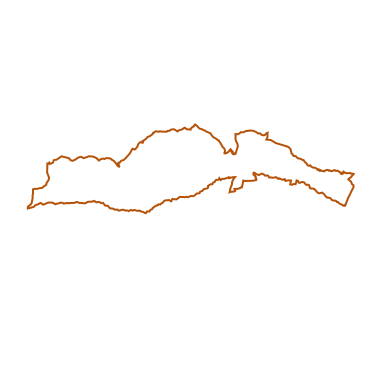 outline of Stefesti, Prahova, Romania, rotated 300°
{"feature_id": "2599482B54768609949993", "entity_name": "Stefesti", "entity_type": "district", "adm_level": 2, "iso_a3": "ROU", "parent_name": "Romania", "parent_adm1": "Prahova", "projection": "albers", "projection_center": [25.865, 45.269], "detail": "fine", "context": "isolated", "style": "outline", "palette": "amber", "viewbox_px": 384, "rotation_deg": 300, "n_neighbors": 0, "source": "geoboundaries", "source_scale": "gbopen_adm2", "svg_char_len": 6044}
<svg xmlns="http://www.w3.org/2000/svg" viewBox="0 0 384 384"><g transform="rotate(300 192 192)"><path d="M288.4,323.0L288.0,321.4L287.4,320.6L287.6,319.5L285.4,316.3L285.3,313.9L285.1,313.9L285.3,313.1L283.7,313.3L283.8,312.6L282.5,312.8L282.3,311.6L283.0,310.9L283.0,309.8L283.3,309.4L283.1,308.2L283.3,307.4L282.2,306.1L282.3,304.6L279.8,302.5L279.5,301.1L279.5,300.3L278.9,300.0L279.1,298.9L278.6,297.7L277.5,297.0L277.1,296.5L276.0,296.2L275.2,293.8L275.1,292.2L274.6,292.7L274.3,292.4L274.5,292.1L274.0,290.1L274.7,290.1L274.5,288.0L274.6,286.4L273.7,284.8L273.6,284.0L273.6,282.7L274.2,281.0L273.3,280.5L272.9,278.9L274.1,276.6L274.4,274.7L275.4,272.7L275.0,271.9L275.1,270.5L274.8,268.5L274.2,267.3L274.3,265.9L274.9,263.8L274.1,262.3L274.1,261.8L274.4,260.9L275.1,260.1L275.1,259.0L278.2,256.1L279.1,253.9L279.1,252.4L278.8,251.6L279.0,251.5L276.3,240.2L276.4,234.2L274.6,230.2L275.8,230.1L277.4,229.8L278.7,229.2L279.5,228.5L281.1,227.9L280.2,227.1L277.8,226.6L276.7,225.4L276.3,223.5L276.8,221.8L276.7,221.3L276.0,220.5L275.8,219.9L276.0,217.2L275.8,215.7L275.4,213.8L274.0,211.1L273.1,210.2L271.6,208.1L269.4,206.7L268.3,204.4L266.9,204.0L264.9,202.8L263.9,200.7L259.5,203.3L257.8,205.1L256.7,207.0L254.4,208.9L246.8,210.6L246.4,209.4L245.5,209.4L245.4,208.4L245.5,207.8L246.2,207.1L246.7,205.7L247.0,205.9L247.3,206.7L248.3,204.0L244.8,203.4L243.5,202.8L242.6,202.2L241.7,200.8L242.0,200.5L243.8,200.3L245.8,198.3L246.4,195.9L248.6,192.2L249.3,190.5L250.1,189.5L249.8,188.7L250.2,186.3L250.2,182.7L251.6,179.3L252.1,178.6L251.8,177.1L251.7,175.0L251.4,174.1L251.7,172.5L251.3,170.6L251.3,169.0L250.8,167.3L250.9,165.8L251.6,163.8L252.0,160.9L251.5,160.6L249.6,160.8L248.7,159.9L247.4,159.7L246.4,159.2L245.3,159.6L243.8,156.1L243.7,155.4L244.1,153.9L243.9,153.3L242.1,152.6L240.2,151.2L238.8,149.7L237.2,149.2L237.4,145.7L236.9,144.3L235.6,142.7L233.7,141.8L232.7,140.3L231.6,140.0L229.0,135.3L228.4,133.8L227.4,132.9L227.0,131.3L226.1,129.9L224.7,129.3L224.2,129.4L223.6,128.7L222.4,128.9L219.3,127.6L217.5,126.1L215.5,125.7L212.2,124.4L211.6,123.8L210.7,124.6L210.0,124.7L209.7,124.2L209.7,122.8L208.7,122.0L206.3,121.5L204.0,122.0L200.6,121.5L200.0,120.9L199.9,119.1L199.7,118.8L194.3,118.9L188.3,117.7L185.3,116.7L184.2,115.5L182.8,114.8L181.2,114.7L180.7,113.7L180.3,113.5L180.0,113.6L179.8,114.1L179.1,114.7L178.0,116.2L177.5,116.2L177.3,115.6L177.8,113.7L178.5,112.5L179.8,109.0L179.9,107.8L179.8,106.5L180.2,105.0L180.1,104.3L178.9,101.4L178.0,100.4L176.9,99.8L176.5,98.3L174.8,96.6L172.7,95.7L173.6,92.1L173.4,89.7L172.8,87.6L171.3,84.7L169.9,83.7L167.1,81.2L167.1,79.4L166.9,78.2L166.3,77.5L164.3,75.8L162.7,75.3L159.6,73.3L159.2,72.7L159.0,72.0L159.0,69.9L159.8,68.8L157.7,61.2L152.2,58.5L151.0,56.9L150.2,56.4L148.2,56.9L147.3,56.6L146.1,55.7L145.8,54.8L145.3,54.7L146.0,53.6L144.2,53.2L144.2,52.6L136.4,56.8L133.1,60.9L130.9,61.8L126.9,61.6L125.3,62.2L122.2,60.6L121.3,60.5L120.3,59.8L118.6,57.5L117.3,56.4L116.4,54.6L114.8,52.9L111.2,55.1L109.4,55.6L107.1,57.0L102.5,58.6L100.5,58.6L97.6,57.3L96.6,57.4L95.6,58.1L100.0,62.4L102.1,62.9L103.0,63.5L103.9,64.5L106.7,66.2L106.9,67.1L106.6,68.5L106.7,69.6L110.7,72.6L111.3,73.2L111.7,74.2L112.9,76.1L112.9,77.1L113.2,78.1L113.0,79.1L113.1,79.9L114.4,80.8L115.7,82.5L117.1,83.5L117.9,85.5L117.8,86.6L118.3,87.1L118.6,87.8L120.1,89.2L120.3,90.5L121.3,91.6L123.3,94.9L124.3,96.1L125.5,96.8L126.1,98.0L125.9,98.8L126.6,100.9L127.4,101.9L128.1,104.0L129.2,105.5L130.7,106.2L131.7,107.1L133.7,110.3L134.4,110.7L134.6,111.4L135.4,111.8L135.2,114.2L136.9,116.5L137.0,117.0L136.9,118.9L138.1,120.2L136.9,123.5L137.0,124.3L138.0,125.9L136.9,128.9L137.2,130.0L138.1,131.8L138.1,134.1L138.7,134.7L138.9,135.5L139.5,136.3L139.2,137.7L139.4,138.1L141.9,140.7L142.5,142.2L142.5,143.4L143.2,144.3L143.7,145.4L143.8,146.8L146.0,148.0L146.1,149.8L147.7,151.1L148.3,154.1L148.6,154.6L149.4,155.2L149.5,156.2L149.8,156.8L149.7,158.0L150.3,159.7L150.3,161.8L150.6,162.6L151.0,162.8L152.5,162.6L153.9,164.9L155.7,164.9L157.1,166.1L158.5,165.9L159.6,166.7L160.6,166.7L161.8,167.8L162.7,167.9L163.4,169.0L164.7,169.2L165.3,170.8L166.6,171.1L167.9,171.9L170.4,172.4L171.2,172.9L173.6,176.3L173.4,178.5L174.0,178.7L175.5,178.4L176.3,178.7L176.8,180.2L178.0,182.4L181.8,183.9L182.7,186.1L183.5,187.0L183.7,188.2L185.3,190.0L185.6,191.3L187.7,192.7L189.1,195.2L190.9,196.3L192.9,196.7L194.7,199.1L196.4,198.9L198.1,200.4L200.4,200.8L203.0,203.6L204.2,203.6L205.3,202.8L208.1,204.3L208.8,205.7L210.7,205.6L212.1,206.6L213.8,206.5L214.7,207.0L215.7,208.7L216.2,209.1L217.6,208.8L216.7,210.9L218.3,211.4L219.5,213.4L223.2,216.5L222.5,217.2L224.9,219.5L226.4,221.8L223.7,221.4L220.9,221.7L218.2,222.9L214.8,223.3L210.6,224.7L211.5,225.4L213.5,228.3L214.6,228.9L215.9,227.3L217.8,230.3L219.1,231.3L219.4,231.7L220.6,232.1L221.0,232.9L227.6,230.7L228.1,232.5L231.9,238.7L234.3,241.5L235.3,241.4L235.9,240.2L236.8,239.9L236.8,239.2L237.6,238.5L237.7,236.7L237.9,236.4L239.5,235.7L239.8,236.0L239.9,236.7L239.6,239.1L239.9,239.8L239.9,240.9L240.4,241.7L242.6,243.0L243.0,244.0L243.1,246.0L242.7,247.0L243.1,247.8L244.1,249.1L244.1,249.9L243.1,251.6L243.9,252.5L244.3,253.9L245.4,255.8L246.9,257.4L246.5,260.2L246.8,260.7L247.5,260.7L247.6,261.0L247.7,264.1L249.5,265.8L249.5,266.2L248.5,266.8L248.5,267.8L250.2,269.4L251.4,272.0L247.7,273.2L248.1,274.1L248.1,274.8L249.8,276.1L250.6,277.8L254.3,276.8L254.6,277.9L254.5,278.4L253.5,279.5L253.5,280.1L254.2,281.2L255.1,281.7L255.9,282.7L256.4,284.2L255.3,287.0L255.5,287.8L256.4,288.9L256.6,289.6L255.9,290.4L255.5,291.3L254.7,291.8L254.3,292.4L255.9,296.4L255.3,297.4L255.3,298.2L254.4,300.5L254.3,301.7L254.3,302.4L254.7,303.1L256.6,305.1L256.1,307.6L255.0,310.2L255.0,311.0L254.7,311.3L255.8,314.4L255.7,315.5L255.1,316.6L255.1,317.9L255.5,319.4L256.3,320.6L256.3,321.3L255.8,322.5L256.3,323.3L255.9,324.3L255.7,326.1L256.1,329.2L255.8,330.0L256.3,331.1L257.3,331.0L257.3,331.4L264.8,330.2L277.1,329.4L278.6,328.5L278.8,326.6L280.5,324.6L280.8,322.4L281.2,321.0L283.2,321.7L283.7,322.1L288.4,323.0Z" fill="none" stroke="#b45309" stroke-width="2"/></g></svg>